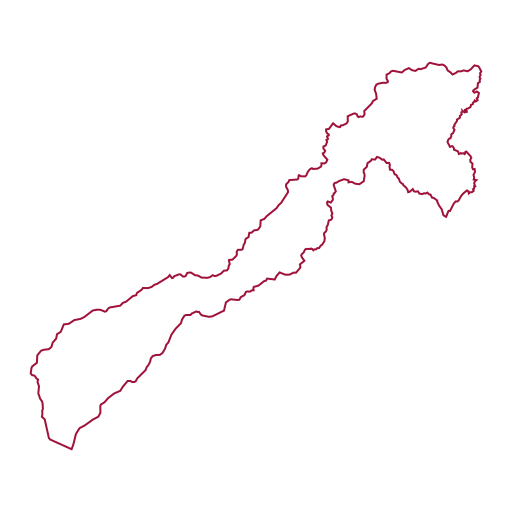 Casabianca, Tolima, Colombia
{"feature_id": "7082276B30278837884902", "entity_name": "Casabianca", "entity_type": "district", "adm_level": 2, "iso_a3": "COL", "parent_name": "Colombia", "parent_adm1": "Tolima", "projection": "robinson", "projection_center": [-75.127, 5.008], "detail": "fine", "context": "isolated", "style": "outline", "palette": "rose", "viewbox_px": 512, "rotation_deg": 0, "n_neighbors": 0, "source": "geoboundaries", "source_scale": "gbopen_adm2", "svg_char_len": 6023}
<svg xmlns="http://www.w3.org/2000/svg" viewBox="0 0 512 512"><path d="M71.6,449.2L73.4,444.3L75.9,434.0L79.5,428.2L84.6,425.5L93.0,419.5L98.3,416.7L100.4,412.9L100.3,406.1L100.9,404.5L104.5,402.3L108.1,398.1L114.1,393.5L120.3,390.8L122.7,386.9L127.6,381.0L130.5,381.0L132.1,382.0L134.3,382.0L135.6,381.3L137.4,378.2L145.5,370.2L146.7,367.1L148.3,365.3L150.1,361.8L150.9,358.3L152.7,356.1L155.9,355.0L159.8,354.9L162.5,353.0L165.1,348.5L166.2,344.9L168.4,342.4L171.4,334.7L175.6,328.7L181.0,323.2L181.9,319.8L184.4,315.7L186.0,315.0L190.5,315.0L191.6,313.6L196.4,311.4L197.5,312.0L199.0,311.9L200.9,314.6L202.5,315.5L208.8,316.8L212.2,316.4L224.0,310.6L225.9,302.5L229.4,299.8L231.1,299.3L237.5,300.0L239.4,299.7L240.8,297.1L244.4,295.2L245.9,291.9L247.7,291.4L249.7,291.7L252.2,290.2L253.6,290.3L253.4,288.1L253.8,286.9L258.5,285.6L264.0,281.2L265.9,280.7L267.1,278.6L274.8,279.5L276.3,276.3L279.6,272.4L285.2,274.7L289.7,274.6L293.3,272.7L296.0,272.7L300.1,267.9L300.4,266.8L299.9,264.4L304.4,260.8L301.7,257.1L301.2,255.4L301.7,254.3L303.7,252.4L305.0,249.6L306.3,248.9L310.4,249.0L310.9,248.5L312.6,249.2L313.3,250.3L314.6,249.3L316.2,249.3L317.1,248.2L319.1,248.0L320.8,245.5L322.1,244.8L324.4,241.1L324.8,238.1L323.9,233.9L324.5,232.6L325.7,231.8L326.7,229.7L326.5,227.2L327.8,224.9L328.8,220.4L330.8,219.9L331.9,218.8L332.3,217.3L331.4,215.5L332.4,213.4L331.2,210.7L331.0,207.7L327.5,204.9L327.0,202.4L327.8,201.4L330.7,202.6L332.7,200.1L332.9,198.4L332.2,196.2L333.5,195.0L333.7,193.5L334.8,192.8L335.8,191.3L333.7,185.1L333.9,184.0L334.9,182.9L336.7,182.6L338.7,181.2L344.1,179.2L348.6,180.4L348.5,182.3L351.9,181.9L355.2,183.7L359.4,184.2L363.7,181.3L364.6,175.9L364.4,173.8L363.6,172.2L363.8,169.6L366.8,166.8L367.5,163.2L371.1,160.6L371.7,159.3L375.2,159.5L377.0,156.9L379.6,157.8L382.4,159.8L383.7,159.4L386.6,163.0L389.1,162.9L389.9,164.7L389.5,166.8L390.0,169.7L392.0,169.8L393.4,171.0L394.6,174.3L396.0,174.7L397.1,176.1L397.6,177.7L398.8,178.5L399.8,181.6L401.6,183.4L402.8,183.9L403.2,185.0L406.2,187.7L407.6,190.0L408.2,192.2L409.6,191.8L412.8,189.1L413.9,191.3L415.6,191.7L417.9,191.3L419.4,193.6L422.3,194.1L424.1,193.2L425.4,193.6L427.4,192.6L429.1,194.4L430.5,194.6L432.0,197.6L433.8,198.0L437.2,200.5L437.2,201.7L439.1,205.6L441.6,209.1L443.5,215.3L446.1,216.9L448.3,211.3L448.8,210.8L450.0,211.0L453.8,203.5L455.7,201.4L457.3,201.5L458.6,200.5L461.2,195.9L463.1,193.6L467.0,190.4L468.4,191.4L468.8,193.4L469.9,192.3L471.9,192.2L473.7,190.8L473.0,189.2L474.0,188.7L474.2,187.3L475.1,186.4L474.2,186.1L474.7,184.7L474.1,183.2L475.2,181.0L476.3,180.1L473.7,179.6L474.2,177.7L473.5,174.9L475.0,171.9L474.6,169.0L473.0,169.3L472.2,167.5L472.5,163.6L470.4,161.8L470.3,159.8L471.3,157.7L470.4,156.0L466.2,151.5L465.3,152.0L465.1,153.6L464.5,154.1L463.6,153.2L461.2,153.6L460.8,153.1L458.9,154.0L457.9,151.3L454.0,149.7L454.0,148.5L452.8,146.4L451.8,146.1L450.0,146.9L447.5,142.0L448.1,140.0L449.4,138.5L450.4,138.3L451.3,136.2L451.3,134.3L453.0,133.1L454.5,129.8L453.3,128.1L453.5,126.9L454.5,126.0L454.2,125.1L457.0,120.9L457.0,119.6L459.9,117.7L459.9,115.9L461.7,114.4L461.3,112.4L462.7,111.5L462.5,110.7L464.5,112.4L466.8,111.9L466.7,110.9L465.0,110.3L465.0,109.9L466.1,109.8L466.5,108.8L467.8,108.6L470.5,107.0L471.0,104.9L472.9,104.1L473.2,102.4L474.1,101.9L474.7,100.5L475.8,101.5L477.6,100.2L476.7,98.3L477.8,97.6L478.9,93.0L476.9,91.5L474.4,92.7L473.0,91.2L473.7,90.0L477.5,87.6L477.9,83.2L479.8,82.0L479.7,80.0L480.4,78.5L479.7,77.7L479.6,76.6L480.6,74.9L480.0,73.3L481.3,71.5L479.1,67.3L478.2,66.2L474.4,65.4L470.7,69.4L467.6,71.3L463.7,70.4L461.2,71.3L457.6,71.4L456.0,72.9L452.5,74.5L450.4,72.3L447.7,70.5L446.5,67.6L444.6,65.6L442.3,64.5L439.1,65.0L429.7,62.8L428.1,64.0L425.7,67.5L420.5,69.2L418.5,68.8L415.5,70.9L412.0,70.2L408.9,68.1L404.8,69.9L401.8,72.5L393.1,70.8L391.0,71.4L389.6,73.1L386.6,74.6L386.5,78.6L387.9,81.2L387.7,82.2L385.8,82.9L383.4,82.7L378.2,83.7L376.4,84.6L375.2,86.9L374.6,89.7L376.1,93.8L376.7,98.7L372.9,101.1L371.9,103.3L364.2,111.1L364.6,114.2L363.2,116.5L361.9,116.8L360.2,116.4L358.6,117.1L357.5,116.3L357.0,114.4L354.9,113.4L353.1,113.8L347.7,116.3L347.8,121.5L346.5,123.5L342.7,125.3L340.7,125.5L340.2,126.9L339.5,127.2L336.3,126.1L333.1,123.3L328.9,128.9L326.1,129.4L326.2,131.6L327.3,133.5L328.7,134.4L328.8,135.3L327.0,136.4L328.0,139.0L326.4,140.0L327.1,141.8L325.7,145.5L323.4,146.5L323.4,148.5L325.2,150.8L324.3,152.6L322.8,153.4L323.4,155.2L327.4,159.7L326.1,162.4L324.7,163.4L321.4,163.3L321.5,165.2L321.0,166.6L317.5,168.7L312.8,168.9L311.9,168.2L309.7,169.4L307.7,172.0L306.4,175.2L305.1,176.4L301.0,176.3L299.0,175.1L298.6,175.6L298.3,178.6L297.2,179.5L289.3,180.1L288.7,181.7L286.1,184.4L286.1,186.8L287.9,190.2L288.0,192.2L281.0,203.1L279.0,204.7L276.6,208.1L266.7,216.2L264.2,219.0L260.7,220.3L260.3,226.3L258.4,229.2L257.1,230.0L254.2,230.3L251.5,232.7L249.3,232.8L248.5,237.2L246.1,238.5L245.4,239.5L244.9,242.8L243.7,244.8L242.6,249.2L241.5,249.8L237.9,249.8L236.7,251.7L236.9,254.6L236.1,256.1L232.4,259.7L229.1,259.9L228.9,260.7L229.8,264.1L228.9,265.4L228.2,268.9L226.9,270.4L223.9,270.7L221.0,273.6L216.5,275.8L214.9,276.1L212.7,275.2L210.1,277.1L207.4,277.8L201.5,277.6L198.1,275.6L195.0,275.2L191.2,272.7L190.0,272.5L187.3,272.9L185.7,275.9L184.7,276.5L183.1,276.6L180.4,274.4L179.1,274.3L174.4,276.1L172.9,277.9L172.0,278.1L169.7,275.1L168.1,277.1L156.9,284.0L154.3,284.8L151.7,286.9L148.1,288.1L142.9,288.0L141.7,289.7L136.9,293.0L136.2,295.2L132.8,296.1L126.2,301.6L122.8,302.9L120.2,305.7L109.6,307.5L108.1,308.6L106.4,311.1L105.0,311.7L100.4,309.8L96.9,309.7L92.8,310.5L84.2,317.1L80.5,318.9L74.3,320.1L68.8,323.8L63.8,324.4L60.7,331.9L57.0,334.2L56.2,338.5L52.7,342.6L51.4,347.0L48.7,349.2L43.5,349.8L41.1,350.7L37.3,355.3L36.9,362.8L32.3,366.3L31.5,367.9L30.7,373.4L32.1,375.2L33.7,375.3L35.2,376.4L36.3,378.3L38.1,379.6L37.5,382.0L39.0,386.3L38.3,393.3L40.2,398.8L42.0,401.3L42.6,403.6L42.9,408.8L42.2,410.9L42.4,414.3L41.9,416.8L44.7,419.3L48.9,438.1L50.3,439.6L71.6,449.2Z" fill="none" stroke="#9f1239" stroke-width="2"/></svg>